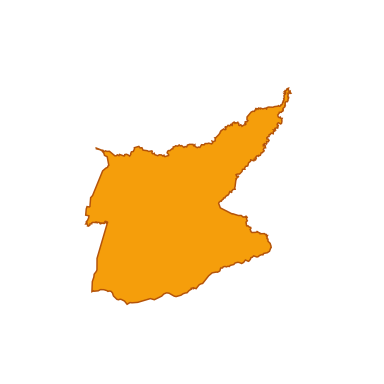 Algarrobo, Magdalena, Colombia, rotated 230°
{"feature_id": "7082276B14520345470413", "entity_name": "Algarrobo", "entity_type": "district", "adm_level": 2, "iso_a3": "COL", "parent_name": "Colombia", "parent_adm1": "Magdalena", "projection": "albers", "projection_center": [-74.106, 10.222], "detail": "fine", "context": "isolated", "style": "filled", "palette": "amber", "viewbox_px": 384, "rotation_deg": 230, "n_neighbors": 0, "source": "geoboundaries", "source_scale": "gbopen_adm2", "svg_char_len": 6111}
<svg xmlns="http://www.w3.org/2000/svg" viewBox="0 0 384 384"><g transform="rotate(230 192 192)"><path d="M287.2,146.9L286.6,146.5L283.6,148.7L281.6,149.5L278.3,149.4L276.3,148.5L273.5,149.7L265.9,145.4L265.9,144.4L265.2,143.1L265.7,141.3L265.6,137.1L253.2,113.6L252.8,110.7L246.5,104.5L246.5,103.8L248.3,102.2L247.0,100.1L242.6,95.7L240.0,97.7L238.7,96.3L237.5,93.9L237.1,91.9L236.7,92.2L236.2,91.9L235.8,90.1L234.7,91.2L233.4,90.8L233.2,90.2L232.5,90.6L232.2,92.3L233.1,93.3L232.1,94.8L232.8,95.5L232.5,96.5L231.3,97.7L230.8,99.1L230.3,98.8L229.8,99.7L229.3,99.6L229.2,100.4L228.4,101.3L227.6,101.7L227.0,101.2L226.3,101.6L226.5,102.6L225.8,102.9L225.4,104.1L224.7,104.1L224.3,104.6L224.4,105.7L225.2,106.1L225.3,106.6L223.7,106.5L224.1,107.6L223.1,107.9L202.2,76.6L193.5,69.2L192.7,67.7L191.9,64.2L189.9,62.1L187.4,58.0L180.0,51.3L179.6,53.0L179.1,53.0L176.6,56.6L176.1,59.1L173.8,61.7L171.0,63.5L169.9,63.7L169.4,64.9L168.0,66.1L165.9,66.2L162.8,65.0L158.0,65.5L156.7,66.4L156.1,68.0L154.9,68.9L151.8,70.2L147.7,70.1L147.2,73.4L145.7,74.8L142.4,79.4L137.1,91.6L133.7,93.9L131.7,101.9L132.0,104.9L131.1,107.7L129.2,109.4L123.7,111.4L122.1,112.6L120.0,117.3L119.8,119.7L118.9,122.0L118.0,123.4L118.4,126.7L117.9,129.1L118.7,129.4L117.7,131.5L117.0,131.0L116.6,132.3L115.3,133.0L116.3,137.6L116.0,139.5L115.1,141.4L117.1,150.9L117.1,155.5L115.2,158.9L114.2,160.0L113.8,161.3L113.7,162.7L115.3,165.0L114.2,166.6L114.6,167.9L113.7,169.5L112.6,170.1L112.0,171.8L110.9,172.7L111.2,174.1L109.6,177.4L109.9,179.4L108.9,181.6L107.9,182.7L105.3,184.1L104.9,186.3L105.6,189.2L102.7,190.6L102.5,191.6L103.0,193.6L103.8,194.9L103.3,196.1L103.4,198.2L100.7,199.8L100.0,200.8L99.9,203.2L98.9,205.8L98.3,205.9L98.8,207.5L97.1,210.6L96.8,213.3L98.6,216.4L98.5,216.9L99.9,217.8L102.4,218.8L105.5,218.6L107.1,219.9L108.1,219.5L109.3,220.7L109.9,220.6L110.2,221.8L111.0,221.0L111.7,221.6L112.4,220.9L113.5,220.8L116.3,217.3L117.0,217.7L118.7,216.6L119.4,216.8L119.9,216.4L119.6,216.0L120.3,214.6L122.5,211.8L124.3,211.7L124.8,212.2L125.9,212.4L126.4,213.9L127.2,214.2L128.1,213.4L130.2,213.1L130.7,212.2L131.2,212.2L134.2,214.0L134.4,215.9L135.7,216.1L137.2,217.3L137.1,217.9L138.5,218.0L138.8,217.7L138.4,216.6L139.5,216.0L139.8,215.1L142.4,214.6L144.2,212.4L149.2,209.2L149.3,208.7L161.6,203.5L166.2,205.1L166.7,206.0L166.7,208.1L166.1,208.6L166.6,209.8L166.4,211.2L167.1,212.3L166.3,213.4L166.9,214.7L166.9,216.9L166.4,217.2L166.8,218.9L168.0,221.2L166.4,221.9L166.4,222.5L167.3,222.9L167.5,225.3L166.4,226.8L167.8,227.4L168.4,228.4L172.8,233.1L173.1,233.9L173.8,234.1L173.9,237.5L174.3,237.7L175.5,236.3L177.0,236.9L176.6,238.2L175.2,240.0L175.6,243.5L176.9,245.2L175.5,247.2L176.3,247.4L177.0,248.9L177.1,249.8L176.4,250.7L176.2,251.6L178.0,254.1L177.9,256.6L178.9,257.6L176.2,259.4L177.1,260.7L176.1,260.7L175.7,261.2L176.6,263.0L177.5,262.6L178.0,264.7L177.8,265.3L176.8,265.7L177.2,266.5L176.6,266.8L176.2,268.0L177.5,270.1L176.9,271.2L177.2,271.8L176.9,272.9L177.3,273.8L178.6,273.8L179.4,275.4L178.6,276.8L179.6,277.1L180.1,277.9L181.1,277.6L181.5,276.3L182.4,276.9L182.1,278.4L182.5,278.4L182.5,278.8L180.9,279.8L181.1,280.5L182.7,281.6L181.5,282.7L182.0,284.2L183.5,284.4L184.6,283.5L185.5,284.2L185.5,285.8L185.0,286.7L186.2,287.7L186.2,288.4L185.7,288.8L186.2,290.5L184.4,291.7L185.9,293.1L185.6,294.5L187.1,294.4L185.8,295.8L187.4,296.4L186.6,298.3L185.9,298.7L186.3,299.3L187.1,299.4L187.0,300.1L187.6,301.0L188.7,300.4L189.6,301.6L189.4,302.8L187.1,303.7L187.1,304.8L188.7,306.7L189.5,306.8L190.4,308.4L191.6,307.3L192.7,307.7L192.7,306.9L193.2,306.5L194.3,306.4L195.9,307.2L196.4,309.6L196.9,310.1L195.7,311.6L196.0,312.5L195.5,313.3L195.9,314.2L196.4,314.3L196.3,314.7L197.5,315.4L197.6,318.1L198.6,318.6L198.5,319.3L199.6,319.8L200.8,321.5L200.6,322.5L199.9,323.1L200.4,324.4L201.4,325.2L201.6,326.0L202.8,326.5L202.7,326.9L203.5,326.7L204.9,328.4L206.0,328.9L205.4,330.4L204.5,330.4L204.1,331.3L205.4,331.3L205.9,331.8L205.9,331.0L206.9,331.0L207.4,331.5L208.7,331.6L209.5,332.7L209.8,331.8L209.0,331.1L209.9,330.6L209.3,329.7L209.4,328.6L209.8,328.4L209.5,327.9L209.6,327.1L209.1,327.0L208.5,327.8L208.1,327.7L207.1,326.7L208.0,325.9L207.2,325.9L206.6,324.3L204.8,323.2L204.6,322.2L203.4,321.8L203.1,320.3L202.2,320.0L202.5,319.3L201.4,317.6L201.2,316.7L201.6,316.1L201.1,315.1L201.5,314.1L202.6,313.7L202.5,313.0L204.4,310.1L204.9,308.5L207.9,305.2L208.5,303.6L207.7,302.5L209.1,302.1L210.1,299.7L212.1,298.5L211.8,297.7L213.4,297.2L213.0,295.8L213.7,295.8L214.9,294.5L213.9,294.0L214.3,293.2L213.7,291.6L214.7,290.6L215.2,288.7L214.1,282.4L212.2,280.7L210.7,280.7L210.5,279.1L211.2,278.8L211.5,277.7L210.8,277.4L210.5,276.6L209.4,277.0L209.2,276.3L210.0,274.7L210.2,272.5L211.4,272.8L212.3,272.4L212.2,271.3L213.2,270.8L214.5,271.9L215.0,271.6L216.0,271.9L216.2,270.5L217.1,269.8L217.0,269.1L218.5,269.2L218.7,266.8L217.4,266.0L217.2,265.5L218.8,265.1L218.4,263.4L219.9,262.5L219.5,260.4L220.5,259.6L220.4,259.0L219.1,258.8L218.2,258.1L218.5,257.3L219.9,256.9L220.3,253.5L219.8,252.8L219.8,251.9L219.2,251.4L218.7,249.2L218.3,245.3L218.8,244.3L217.8,244.2L217.3,243.4L216.3,242.8L216.8,240.7L218.0,240.1L216.4,239.4L216.2,238.0L218.7,236.2L219.1,235.1L220.7,233.2L220.3,231.7L222.1,229.7L221.1,226.7L222.3,225.8L222.6,224.5L225.0,223.6L226.4,224.6L226.5,223.0L227.8,223.4L230.0,220.9L230.9,218.7L230.0,216.9L231.3,215.9L231.3,214.5L234.2,213.9L234.9,212.6L236.3,212.4L236.3,210.5L237.9,209.2L237.9,207.9L238.6,206.6L237.4,205.1L238.0,204.2L237.9,201.7L238.7,200.9L238.9,199.6L238.0,198.1L235.8,198.2L235.0,197.5L236.5,194.0L237.0,193.7L238.2,194.2L238.4,192.8L240.1,192.4L241.6,190.8L241.8,189.1L244.3,187.6L245.0,187.5L245.9,188.0L246.4,186.6L247.8,186.4L248.5,187.6L249.3,187.7L250.9,184.9L252.5,184.2L255.5,181.4L258.1,182.1L259.1,180.6L261.1,180.6L263.0,176.3L261.9,175.5L260.8,173.1L261.7,171.4L260.9,169.8L260.1,169.2L259.6,167.3L261.7,166.8L263.2,165.9L263.9,164.5L263.1,163.6L263.2,163.1L267.4,160.6L266.8,159.4L268.5,158.7L268.5,157.2L269.2,156.2L276.3,154.9L277.8,152.9L279.1,152.2L279.5,150.5L281.2,150.6L282.4,149.5L287.2,146.9Z" fill="#f59e0b" stroke="#b45309" stroke-width="1.5"/></g></svg>